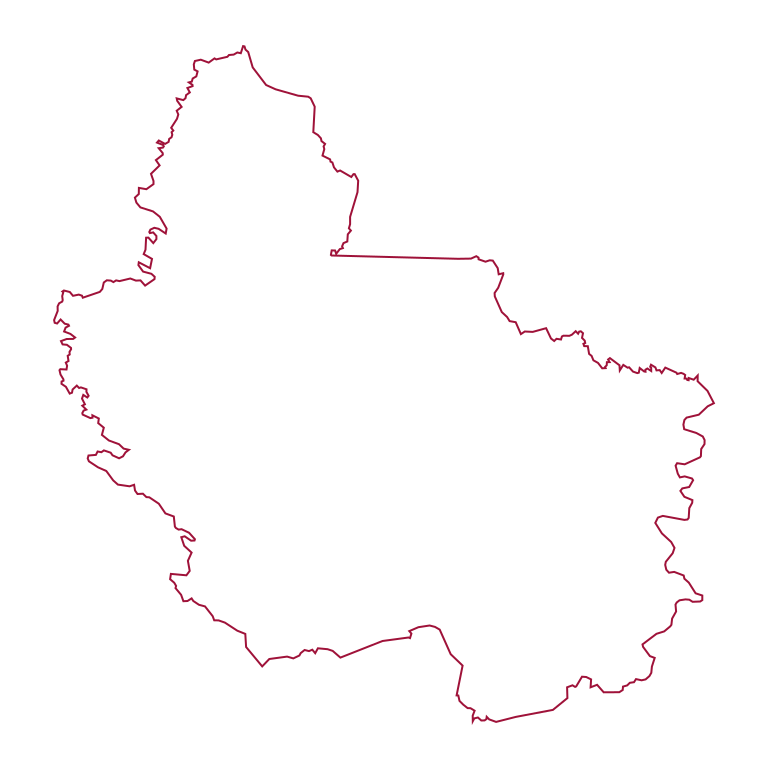 Hambol, Vallée du Bandama, Ivory Coast
{"feature_id": "98640826B80955316471767", "entity_name": "Hambol", "entity_type": "district", "adm_level": 2, "iso_a3": "CIV", "parent_name": "Ivory Coast", "parent_adm1": "Vallée du Bandama", "projection": "natural_earth1", "projection_center": [-4.861, 8.622], "detail": "fine", "context": "isolated", "style": "outline", "palette": "rose", "viewbox_px": 768, "rotation_deg": 0, "n_neighbors": 0, "source": "geoboundaries", "source_scale": "gbopen_adm2", "svg_char_len": 6016}
<svg xmlns="http://www.w3.org/2000/svg" viewBox="0 0 768 768"><path d="M170.1,579.2L174.2,582.7L176.1,585.9L175.5,588.1L181.1,594.8L183.4,601.2L187.5,601.0L191.6,598.4L193.3,601.0L199.0,604.8L205.0,606.4L212.7,616.2L214.2,620.3L218.6,620.4L224.9,622.6L237.3,630.7L245.3,633.9L246.1,647.0L262.2,666.4L269.3,659.0L287.1,656.6L293.3,658.4L299.4,655.5L300.7,653.1L304.6,650.0L309.0,651.1L312.3,649.7L315.2,653.2L317.9,648.3L327.6,649.2L332.7,650.9L340.4,657.6L382.5,641.0L408.5,637.5L410.0,638.1L411.4,633.6L409.3,631.1L418.4,627.2L429.6,625.5L435.0,626.9L439.7,629.6L450.7,654.2L462.6,665.6L456.6,695.4L458.3,695.5L459.5,700.9L463.3,704.7L467.6,708.1L470.5,708.2L474.6,710.7L472.7,715.7L472.8,721.2L474.3,718.4L477.9,717.5L481.3,720.5L484.6,720.4L486.4,719.1L486.7,716.8L489.2,719.4L496.1,721.9L515.8,716.9L552.9,709.9L567.4,698.1L567.1,687.3L572.5,685.3L575.1,686.9L576.2,686.4L582.0,676.7L586.2,677.0L591.1,679.4L590.6,687.3L597.1,684.8L603.7,692.3L619.3,692.2L622.7,690.0L623.0,686.6L627.2,685.4L629.8,682.8L634.0,682.2L636.0,679.1L641.6,680.3L645.6,679.4L649.4,676.1L651.3,672.8L651.9,666.6L654.7,657.9L649.9,656.1L643.1,646.9L642.5,644.4L656.5,633.8L664.2,631.4L670.2,626.4L671.4,624.8L672.1,618.6L676.1,611.5L675.5,604.6L676.7,602.5L679.5,600.3L685.5,599.4L689.3,599.7L692.6,601.8L700.2,601.5L702.3,600.1L702.3,595.5L695.6,593.3L688.8,582.6L684.4,578.7L683.7,575.5L674.2,571.9L669.0,572.7L666.3,569.7L665.2,564.9L665.8,561.8L672.7,553.2L674.5,547.9L671.2,542.0L661.9,533.4L655.3,522.9L657.9,517.6L662.8,515.9L684.4,519.9L687.5,519.5L688.7,517.9L689.3,508.1L692.2,502.8L692.4,500.1L684.4,496.8L680.4,490.9L682.3,488.4L689.2,487.0L693.1,480.2L692.0,478.5L684.7,476.4L679.9,477.4L677.8,473.7L675.6,465.7L677.1,463.2L684.7,464.3L700.0,457.3L700.9,456.1L701.2,449.0L704.5,444.1L704.6,440.1L702.8,436.5L696.4,433.0L684.2,429.2L683.4,424.6L684.4,420.0L686.6,417.6L698.8,414.7L707.7,406.3L713.9,403.2L707.5,390.9L697.6,381.2L697.7,375.5L693.7,379.7L688.7,378.0L688.6,380.2L687.3,380.0L686.5,378.6L684.6,378.5L685.2,375.0L683.5,373.8L681.1,372.9L677.2,374.0L676.5,372.7L665.3,367.6L661.7,373.0L659.7,370.1L656.5,370.4L655.4,367.4L651.0,364.7L650.2,366.8L651.2,367.7L651.2,371.0L647.4,368.5L645.4,369.7L645.5,371.7L644.2,371.5L639.7,368.0L638.8,372.7L637.3,373.1L633.0,371.6L629.1,367.3L627.6,367.7L623.3,364.9L619.8,370.4L619.5,365.3L609.9,358.1L608.1,359.5L609.6,362.1L606.9,362.2L606.7,365.3L605.1,366.9L605.6,368.1L602.2,368.3L598.0,362.9L593.4,360.3L591.6,355.9L589.1,353.9L587.8,346.2L584.2,346.1L583.4,343.8L585.2,343.0L584.7,340.6L582.0,337.9L583.0,333.2L580.8,331.3L579.2,331.6L578.1,333.7L575.7,331.2L571.9,334.7L569.4,335.8L563.4,335.7L561.9,336.5L561.0,339.5L556.5,338.8L554.2,341.0L551.0,338.5L546.1,328.2L532.7,331.9L524.8,331.5L520.9,334.1L515.7,322.2L509.6,321.1L507.1,317.0L501.8,312.1L494.8,296.4L494.6,293.0L498.2,287.8L503.3,274.4L503.2,273.2L498.7,274.3L497.7,268.1L492.8,260.6L489.7,260.3L485.5,261.7L478.6,259.3L478.5,257.6L476.3,256.2L471.0,258.6L458.0,258.8L331.6,255.5L330.9,254.9L331.7,250.4L335.1,250.5L336.2,253.8L339.8,249.1L342.9,248.1L342.1,246.3L343.5,243.1L347.3,241.5L347.8,234.3L350.9,230.6L348.9,228.3L350.1,224.2L350.1,216.9L357.5,192.2L358.2,180.7L354.7,174.1L353.5,174.1L351.3,177.0L340.1,170.5L337.4,171.6L334.0,167.4L332.4,162.5L330.5,161.6L330.1,159.4L322.5,155.6L324.3,149.1L323.6,146.4L325.1,143.9L321.5,141.1L320.9,138.3L317.9,135.0L313.3,132.2L314.7,106.7L310.7,98.3L308.2,96.7L298.1,95.7L275.6,89.3L266.1,85.0L252.7,67.4L248.2,52.0L245.5,49.6L244.5,46.4L243.1,46.1L240.8,53.2L237.3,52.5L233.7,54.6L229.0,55.0L227.4,56.8L216.2,59.4L214.5,58.4L208.7,62.6L200.8,59.7L194.9,61.0L193.8,64.4L194.3,69.6L197.6,71.4L196.3,76.4L192.7,78.5L191.8,81.6L188.9,82.4L192.5,84.9L192.6,86.1L187.4,88.0L189.8,92.4L186.1,95.1L185.5,98.2L183.3,100.1L176.7,98.4L177.2,100.8L181.6,106.9L176.7,110.7L178.3,114.5L177.0,118.8L171.2,127.8L173.3,130.6L171.6,132.2L172.3,134.8L171.5,137.3L169.2,138.9L168.6,141.9L165.1,143.9L158.8,140.5L157.0,142.6L163.1,145.0L163.8,146.4L162.9,147.6L158.7,148.2L162.7,153.1L162.8,154.7L155.9,160.1L159.6,165.4L151.0,173.8L153.5,181.0L153.5,184.1L146.4,189.2L138.9,187.9L138.8,194.0L134.9,197.6L136.4,202.6L140.4,207.4L153.0,211.4L159.8,216.8L166.6,228.6L165.7,233.5L158.6,228.8L154.3,227.8L150.4,229.6L149.3,232.0L149.9,233.1L153.2,232.4L156.4,236.0L156.4,239.1L153.3,243.1L148.4,237.6L146.1,237.7L145.5,249.7L143.7,254.1L152.0,258.9L150.1,268.2L138.8,262.3L138.4,265.1L143.1,271.6L151.4,273.8L154.7,276.8L154.5,279.1L145.1,285.6L140.5,280.4L135.9,280.6L130.3,278.5L119.5,281.1L116.1,280.4L113.4,282.1L110.8,280.6L106.8,280.3L103.8,282.5L102.3,289.0L99.8,291.9L82.8,297.7L82.0,295.7L78.8,294.6L73.0,295.8L69.8,292.0L63.9,290.5L62.4,291.5L63.3,292.2L62.2,296.1L62.7,300.1L62.2,301.6L59.1,303.3L57.6,306.4L57.7,310.9L54.1,320.1L54.7,322.8L57.1,323.5L60.6,319.5L64.7,323.7L68.4,324.6L69.0,325.8L65.6,327.6L64.1,331.5L70.4,333.9L75.1,337.5L73.2,338.9L66.7,339.0L61.0,341.1L62.6,344.4L66.9,344.8L71.0,347.9L71.1,349.2L69.5,351.9L69.7,354.5L67.7,355.8L68.5,361.0L65.8,362.6L67.1,365.7L66.5,369.5L60.3,369.2L59.5,370.2L60.5,374.5L63.4,379.3L63.5,380.7L61.6,381.5L61.5,383.8L65.9,386.8L69.7,393.6L72.0,392.7L72.6,389.5L76.8,385.6L79.1,388.0L80.9,387.4L86.5,389.3L86.4,391.8L88.6,395.8L87.3,397.5L83.3,394.9L82.0,398.6L84.9,404.3L82.3,405.7L86.3,409.6L83.6,410.6L82.3,413.1L82.7,414.6L90.4,418.1L92.5,417.7L92.4,415.3L98.8,418.5L98.2,423.1L103.8,427.7L101.9,434.9L108.9,440.5L119.0,444.2L123.6,448.6L128.9,449.8L125.5,452.4L123.0,456.3L119.1,458.3L112.5,455.3L110.7,452.7L103.9,450.4L101.4,452.2L97.6,451.5L95.9,454.9L88.5,455.5L87.7,458.4L88.9,461.3L98.0,467.3L106.3,471.0L113.2,480.4L117.9,484.6L129.6,486.3L134.1,484.8L135.0,490.5L137.5,494.0L142.9,493.7L146.4,497.1L149.3,497.3L158.8,503.7L165.4,513.4L173.8,516.5L174.9,526.6L175.9,528.0L178.6,529.6L181.6,529.2L189.1,532.8L194.9,539.2L194.5,540.5L191.1,540.7L184.7,536.3L181.3,537.2L184.2,545.8L191.6,552.6L187.9,560.8L189.7,570.9L186.4,575.3L170.9,573.9L170.1,579.2Z" fill="none" stroke="#9f1239" stroke-width="2"/></svg>